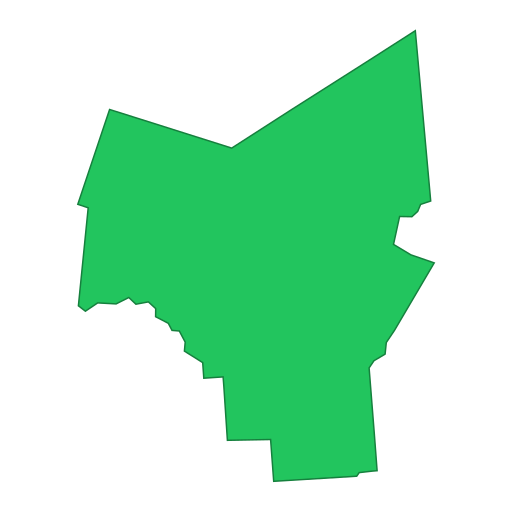 Oneida, New York, United States of America (orthographic projection)
{"feature_id": "52423323B85442507940743", "entity_name": "Oneida", "entity_type": "district", "adm_level": 2, "iso_a3": "USA", "parent_name": "United States of America", "parent_adm1": "New York", "projection": "orthographic", "projection_center": [-75.461, 43.239], "detail": "fine", "context": "isolated", "style": "filled", "palette": "green", "viewbox_px": 512, "rotation_deg": 0, "n_neighbors": 0, "source": "geoboundaries", "source_scale": "gbopen_adm2", "svg_char_len": 725}
<svg xmlns="http://www.w3.org/2000/svg" viewBox="0 0 512 512"><path d="M135.0,117.5L109.6,109.5L77.8,204.3L88.2,207.8L78.4,305.8L85.4,311.2L97.7,302.9L116.1,303.9L128.8,297.5L135.9,304.2L148.4,301.9L155.7,308.6L155.6,316.7L168.3,323.3L172.0,330.4L179.3,331.0L185.2,342.1L184.4,351.1L202.7,362.6L203.8,378.2L223.1,376.9L223.9,387.2L227.4,440.3L265.2,439.6L270.6,439.5L273.7,481.3L356.7,476.2L359.2,472.6L372.4,471.1L377.1,470.7L374.4,434.9L370.5,385.6L369.1,367.9L374.0,360.7L385.1,354.1L386.3,342.5L394.4,330.5L434.2,262.9L410.8,254.8L393.5,244.4L399.6,216.5L411.9,216.7L417.7,211.4L420.6,204.4L430.7,201.0L415.3,30.7L365.5,62.6L293.1,108.6L231.7,148.1L135.0,117.5Z" fill="#22c55e" stroke="#15803d" stroke-width="1.5"/></svg>